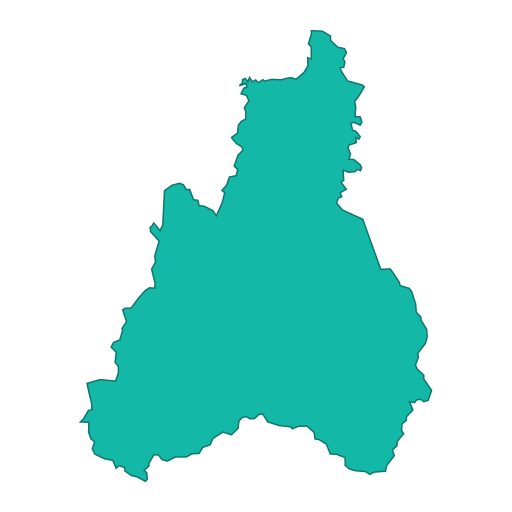 Jayuya, Puerto Rico (Mercator projection)
{"feature_id": "32010507B17453471751527", "entity_name": "Jayuya", "entity_type": "district", "adm_level": 2, "iso_a3": "PRI", "parent_name": "Puerto Rico", "parent_adm1": "", "projection": "mercator", "projection_center": [-66.589, 18.225], "detail": "fine", "context": "isolated", "style": "filled", "palette": "teal", "viewbox_px": 512, "rotation_deg": 0, "n_neighbors": 0, "source": "geoboundaries", "source_scale": "gbopen_adm2", "svg_char_len": 3074}
<svg xmlns="http://www.w3.org/2000/svg" viewBox="0 0 512 512"><path d="M330.4,36.0L322.3,31.2L311.3,30.7L311.5,33.7L308.4,43.8L311.2,46.8L311.4,58.8L307.6,57.9L308.0,65.7L304.0,72.4L295.9,79.4L291.3,77.6L286.0,78.4L281.5,79.8L271.6,79.4L264.5,81.1L262.9,79.7L258.3,82.7L255.6,80.0L252.2,81.7L249.5,77.5L248.0,81.7L245.2,78.4L242.5,79.7L242.3,83.1L239.3,85.7L246.4,83.5L246.9,87.0L243.8,88.2L241.0,93.8L246.4,95.3L248.9,100.8L244.3,107.8L245.9,112.0L245.6,119.1L241.2,121.4L238.4,125.3L237.5,133.2L231.6,137.3L232.1,138.5L236.5,143.6L241.8,146.8L243.0,150.1L238.1,155.0L234.2,166.0L237.6,169.6L236.2,175.7L229.4,177.0L226.6,185.2L221.9,190.4L224.7,192.7L222.3,202.5L216.3,215.8L212.9,210.7L204.1,206.2L199.2,205.7L197.8,200.3L193.5,199.7L189.7,189.4L186.4,189.6L183.4,184.8L179.6,183.3L171.9,185.3L164.5,190.7L162.8,224.8L160.1,230.7L153.8,223.0L151.5,226.5L150.1,227.5L150.6,231.6L159.1,241.1L154.7,256.1L155.5,262.0L151.6,269.2L155.1,283.4L154.7,288.2L149.4,287.8L145.1,290.7L138.6,298.0L131.0,308.2L124.9,308.2L122.7,310.0L126.5,321.7L122.0,328.4L122.6,330.3L119.8,339.9L113.6,342.4L111.1,347.1L116.3,352.3L115.1,362.3L118.3,366.3L118.5,372.7L115.5,381.1L100.0,379.6L87.0,383.4L89.1,393.0L91.6,403.3L91.9,409.7L88.4,410.5L83.7,418.6L80.4,422.0L88.9,422.2L88.6,432.1L90.9,438.8L94.6,441.8L92.3,448.9L94.9,454.1L104.2,458.7L112.9,460.4L116.2,468.3L119.0,465.6L124.6,467.6L125.0,471.0L131.4,475.6L137.0,476.8L145.3,481.3L147.2,479.4L146.8,472.8L144.1,470.4L148.8,466.2L149.0,463.1L153.9,454.8L158.5,455.0L162.0,459.6L167.2,461.1L175.6,457.0L186.6,456.9L191.7,453.9L199.1,453.4L202.7,447.4L210.1,444.8L213.0,438.3L223.1,432.0L231.4,434.8L238.0,428.5L239.0,420.9L242.3,417.5L246.4,416.6L250.2,418.9L254.6,418.5L258.7,414.7L259.1,414.3L263.0,414.3L267.7,421.9L279.4,425.6L290.8,426.8L292.2,428.8L298.7,426.2L307.0,426.1L314.2,432.5L315.0,439.0L318.6,439.3L326.4,444.1L330.3,454.0L336.4,454.2L345.1,457.6L345.2,465.4L349.6,469.0L355.5,470.7L365.7,471.6L369.8,474.4L374.0,472.1L385.5,471.2L386.6,465.6L394.3,455.7L392.3,449.9L396.9,446.0L397.2,441.4L403.7,433.6L401.5,430.7L402.0,424.0L406.3,420.4L406.5,416.6L412.9,410.0L409.5,401.7L414.7,402.6L416.6,399.8L421.1,399.4L423.7,401.7L428.1,400.4L431.6,390.4L423.8,379.1L423.8,375.2L417.5,369.4L415.4,365.0L418.4,357.3L417.7,353.5L425.4,343.4L427.1,337.3L426.7,329.4L421.1,320.2L420.8,317.0L416.2,312.2L415.7,304.2L411.7,291.6L409.3,288.4L400.1,285.6L399.3,282.2L390.3,268.9L380.8,269.4L370.1,239.8L362.8,219.3L342.4,210.0L336.5,202.9L338.3,198.0L341.8,196.7L340.1,192.8L346.3,189.2L340.8,182.0L343.7,180.5L343.1,170.1L348.4,172.2L354.9,171.7L357.5,169.3L360.5,170.7L361.7,167.6L360.0,164.6L353.6,159.4L349.0,159.4L350.5,153.8L348.1,148.3L348.7,145.2L356.3,142.6L355.7,137.6L358.8,139.1L360.2,136.6L355.7,131.1L352.6,130.2L350.9,123.3L353.7,122.3L360.2,125.1L361.9,122.0L360.1,116.7L355.1,116.8L355.7,106.3L354.6,101.6L359.1,95.7L364.3,86.8L362.3,85.0L347.5,80.9L340.9,70.4L340.4,67.6L343.8,67.2L344.9,61.6L343.1,58.9L346.5,52.6L344.5,48.6L337.8,47.3L330.6,40.5L330.4,36.0Z" fill="#14b8a6" stroke="#0f766e" stroke-width="1.5"/></svg>